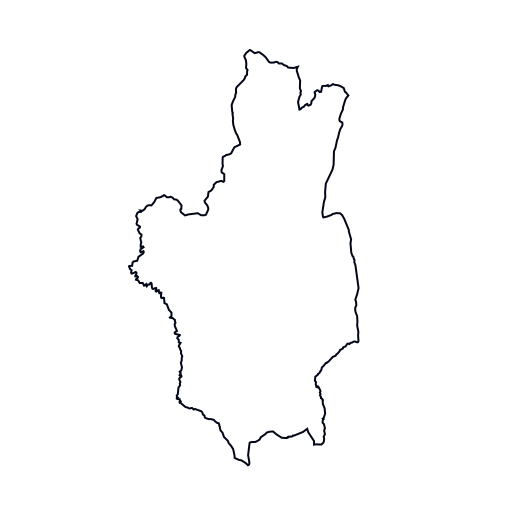 Quipile, Cundinamarca, Colombia, rotated 167°
{"feature_id": "7082276B57635529739763", "entity_name": "Quipile", "entity_type": "district", "adm_level": 2, "iso_a3": "COL", "parent_name": "Colombia", "parent_adm1": "Cundinamarca", "projection": "orthographic", "projection_center": [-74.547, 4.71], "detail": "fine", "context": "isolated", "style": "outline", "palette": "ink", "viewbox_px": 512, "rotation_deg": 167, "n_neighbors": 0, "source": "geoboundaries", "source_scale": "gbopen_adm2", "svg_char_len": 6098}
<svg xmlns="http://www.w3.org/2000/svg" viewBox="0 0 512 512"><g transform="rotate(167 256 256)"><path d="M172.7,431.0L177.1,430.7L182.3,432.4L183.3,434.2L185.9,435.8L187.5,437.8L190.5,438.5L191.4,440.1L192.9,440.7L195.3,440.5L198.5,441.2L199.6,442.1L202.0,447.7L203.7,450.2L206.8,453.7L207.8,454.1L211.6,453.9L215.2,457.9L215.8,458.1L219.8,456.1L222.3,453.8L222.5,452.9L221.8,448.6L222.2,445.4L223.4,441.5L222.4,439.1L223.1,438.1L224.0,434.6L226.0,433.4L226.9,431.7L228.6,430.1L237.0,424.8L238.0,423.2L238.7,419.4L239.6,418.3L240.6,415.5L243.7,411.8L245.8,408.5L246.7,401.8L246.4,400.6L246.9,400.1L247.4,394.8L248.0,393.4L248.6,389.1L248.3,383.3L247.7,379.6L247.1,378.4L246.0,370.7L246.4,368.2L252.2,366.9L253.1,366.3L257.1,361.6L259.3,361.0L262.4,361.1L263.6,360.5L265.8,360.1L266.3,359.5L267.8,353.7L268.0,351.0L270.3,347.6L270.6,346.3L270.5,345.1L268.5,342.9L270.1,336.2L271.0,335.6L273.0,337.0L278.0,336.8L281.1,334.9L281.7,332.8L283.6,330.9L285.1,329.8L287.9,329.0L289.5,324.7L293.7,321.4L293.8,319.8L292.1,316.2L291.7,313.5L292.2,311.8L295.5,307.5L297.3,307.3L300.3,308.1L303.2,310.8L312.3,311.7L316.0,311.5L319.1,315.3L319.4,316.4L319.4,317.9L319.2,318.4L318.2,318.7L317.2,322.2L319.8,327.7L321.0,328.9L323.0,329.6L324.1,331.5L325.8,332.9L327.7,332.8L329.6,333.3L331.5,335.8L332.2,336.0L333.6,335.2L334.6,335.3L335.3,334.8L340.1,334.9L343.0,331.5L346.5,328.8L348.8,329.6L350.3,329.5L352.2,328.6L353.6,327.0L355.6,325.8L356.7,325.7L358.1,326.2L357.6,325.4L357.9,324.9L360.6,325.2L361.8,324.7L362.9,323.2L363.8,321.9L363.1,318.4L365.1,314.4L365.0,313.3L362.4,310.7L363.0,309.6L364.3,309.3L365.2,308.3L364.3,304.3L362.8,302.6L363.3,300.9L364.8,299.5L364.7,294.9L365.7,293.3L366.3,290.9L365.7,290.6L364.0,290.8L363.6,289.8L367.0,288.5L367.8,287.0L367.6,285.6L364.6,286.0L364.5,285.0L365.5,283.8L370.6,281.7L372.8,278.1L376.5,278.2L377.7,277.4L378.9,274.3L381.7,274.8L382.1,274.3L381.6,271.5L380.4,270.2L381.4,268.1L381.2,266.9L380.1,266.8L376.8,267.5L376.3,266.7L376.5,265.6L378.1,263.8L378.1,263.2L376.2,263.1L375.7,262.2L376.1,261.4L378.0,260.4L378.3,259.9L376.2,258.6L375.4,255.8L372.5,255.3L371.7,252.3L369.5,253.3L369.6,251.6L369.3,251.0L367.7,252.5L366.1,252.2L364.9,253.5L364.3,253.5L363.9,252.6L364.5,248.5L364.2,247.4L363.6,247.0L361.4,247.4L360.5,247.2L360.6,246.3L361.6,245.0L361.6,244.1L360.9,243.7L359.3,244.6L358.5,244.6L358.6,241.5L358.2,241.3L357.1,241.9L356.5,241.5L357.7,238.1L357.8,236.7L357.2,236.1L355.8,236.3L355.0,235.8L355.8,230.7L353.7,228.9L353.0,223.2L351.1,219.8L351.9,216.4L353.8,215.5L353.6,215.1L351.2,214.3L349.4,211.9L349.7,210.8L349.5,208.9L350.6,207.9L350.8,205.9L349.9,200.7L352.3,199.9L352.6,199.2L352.3,198.3L348.0,196.2L348.2,195.7L350.7,194.6L351.2,193.5L350.1,191.7L350.6,189.2L349.1,188.3L351.2,186.1L351.6,185.2L350.9,183.7L350.9,182.1L350.3,180.2L351.0,178.1L350.4,174.8L351.1,174.0L352.0,170.6L353.2,169.0L353.2,164.3L353.6,163.1L354.8,161.1L356.4,160.4L355.7,158.8L357.3,157.0L357.0,156.5L355.8,156.6L355.6,155.7L356.0,155.1L358.1,154.2L358.6,153.3L358.0,150.1L358.9,148.9L359.1,147.0L361.1,145.3L363.3,138.9L364.6,137.9L364.7,136.4L364.2,135.9L365.1,135.6L365.3,134.9L364.8,134.4L362.6,133.6L362.7,132.5L362.1,131.4L363.4,130.9L363.3,130.2L362.5,130.4L362.0,129.1L358.6,124.6L356.8,123.8L355.4,122.5L352.5,122.3L351.2,120.4L349.9,120.7L344.1,116.9L343.4,115.2L343.4,113.5L342.1,112.1L342.2,110.6L341.8,109.6L339.0,107.8L336.8,107.3L333.9,105.8L333.0,104.0L331.3,102.0L330.0,101.5L329.7,100.2L330.0,98.7L329.6,97.7L329.9,96.5L329.8,94.0L328.4,91.4L327.9,86.9L325.0,82.2L324.7,79.8L323.3,77.3L321.7,73.1L321.8,66.6L322.2,64.0L318.5,61.2L316.1,60.1L312.6,56.5L310.9,53.9L310.1,54.1L309.3,55.0L308.9,56.3L308.5,63.7L304.3,75.3L303.7,75.7L301.7,75.7L298.9,75.0L297.1,75.2L293.8,76.3L292.0,78.4L287.5,80.1L285.0,81.6L281.9,81.7L278.9,81.2L276.3,77.7L271.8,73.1L267.0,71.7L265.8,71.9L265.8,72.5L265.4,72.6L265.3,72.2L263.9,72.5L262.2,72.0L260.7,72.3L260.5,72.7L259.0,72.5L249.7,74.0L245.0,76.1L244.7,72.4L241.1,62.6L241.9,59.1L239.8,59.0L234.9,57.6L232.5,58.8L231.5,60.3L230.7,62.5L230.7,64.7L228.9,66.9L228.9,70.5L227.6,72.7L227.6,76.8L228.5,78.3L228.5,79.1L227.6,81.5L226.9,81.9L227.4,82.5L226.6,82.8L224.1,86.9L223.4,92.0L224.1,96.6L223.8,99.2L223.2,100.6L223.7,101.1L223.6,101.8L224.7,102.9L224.4,104.3L225.0,105.9L224.2,107.0L224.5,108.6L223.6,109.7L223.7,111.1L224.7,114.7L225.1,115.0L225.8,114.3L226.7,115.0L226.4,116.5L226.7,117.5L225.9,119.8L226.7,121.2L225.3,125.1L222.3,126.5L222.0,127.2L220.4,127.8L219.3,129.3L218.4,129.6L216.7,132.8L215.3,133.4L212.0,136.0L211.2,135.8L210.4,136.5L209.3,136.7L203.7,140.5L200.9,140.9L199.6,142.2L198.6,142.5L196.1,144.3L195.3,145.5L192.2,146.3L191.6,147.4L189.0,147.8L186.9,149.8L186.2,150.0L184.8,149.2L183.5,150.1L182.2,150.0L179.9,150.6L178.9,150.5L177.0,149.2L176.1,149.1L175.3,150.0L174.4,155.6L173.3,159.2L173.1,165.5L171.9,169.4L171.0,174.6L171.6,179.2L171.4,181.7L171.0,183.1L169.3,185.5L168.8,189.0L169.1,190.9L168.6,191.9L166.2,195.7L163.3,201.6L161.2,224.7L161.6,228.0L160.9,229.8L161.4,231.4L161.3,233.4L162.0,234.3L162.4,237.8L161.1,247.1L159.6,250.8L160.0,259.1L159.7,260.6L161.7,272.5L162.9,276.5L164.5,278.7L168.0,279.7L171.9,279.7L173.4,279.0L178.2,278.4L181.5,278.4L181.9,278.9L181.6,283.5L177.6,293.5L175.2,297.8L174.4,302.4L171.7,310.8L162.1,322.9L159.9,327.3L156.5,340.4L154.1,343.8L151.0,350.6L149.5,352.8L147.4,357.2L145.4,360.6L142.6,363.6L142.1,364.9L141.9,366.8L143.9,368.3L144.2,369.8L143.6,371.6L141.2,375.6L138.3,379.3L138.0,380.9L134.0,387.9L132.6,389.6L129.9,391.6L131.5,395.0L132.4,396.0L132.7,399.8L134.9,402.0L137.6,403.9L141.1,405.2L142.3,406.2L144.6,405.3L147.2,405.0L147.6,405.4L147.6,406.4L149.7,406.0L152.9,406.7L153.8,405.6L155.6,401.4L157.1,401.4L157.9,403.0L158.7,403.6L159.3,403.7L162.0,402.5L162.0,399.8L162.6,398.1L163.7,396.7L167.1,394.4L167.8,392.3L168.8,391.1L171.0,390.7L171.7,391.3L171.8,392.6L172.4,392.6L174.2,392.0L175.8,390.7L178.0,390.2L179.6,389.0L180.7,388.9L180.4,396.6L177.8,401.4L176.1,403.2L176.0,405.1L175.1,406.4L175.5,409.6L173.5,417.2L174.1,420.5L174.6,427.1L174.3,428.9L172.7,431.0Z" fill="none" stroke="#020617" stroke-width="2"/></g></svg>